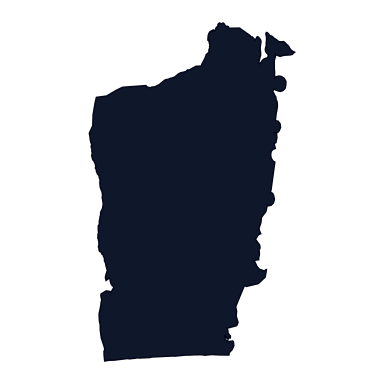 outline of Ada West, Greater Accra, Ghana
{"feature_id": "2480657B39710750100206", "entity_name": "Ada West", "entity_type": "district", "adm_level": 2, "iso_a3": "GHA", "parent_name": "Ghana", "parent_adm1": "Greater Accra", "projection": "equal_earth", "projection_center": [0.418, 5.893], "detail": "fine", "context": "isolated", "style": "filled", "palette": "ink", "viewbox_px": 384, "rotation_deg": 0, "n_neighbors": 0, "source": "geoboundaries", "source_scale": "gbopen_adm2", "svg_char_len": 5786}
<svg xmlns="http://www.w3.org/2000/svg" viewBox="0 0 384 384"><path d="M294.6,52.2L292.3,51.1L291.7,50.5L291.1,50.2L289.7,48.4L289.1,47.1L288.0,45.5L286.6,44.5L286.2,44.0L284.4,42.1L283.6,41.6L280.5,41.9L279.7,41.6L278.7,41.8L277.7,40.7L276.1,39.5L275.6,39.4L275.3,39.0L274.8,38.6L273.6,38.0L273.2,37.3L272.7,36.9L271.8,36.2L270.9,35.9L270.2,36.0L269.4,35.2L268.5,33.8L267.7,33.0L267.0,32.5L266.6,32.5L266.2,32.8L265.9,33.6L266.0,34.6L266.4,36.1L266.6,38.7L266.5,40.8L266.2,43.1L266.3,45.3L265.4,48.8L265.4,50.2L265.6,51.1L266.2,52.5L267.0,53.4L267.8,54.1L268.3,54.9L267.9,57.2L267.4,57.8L265.4,58.5L264.7,58.6L263.4,59.4L262.1,60.7L260.9,62.6L259.6,63.7L258.8,62.2L260.1,56.8L260.5,55.8L260.6,54.6L260.6,52.8L260.1,48.0L261.0,41.4L260.7,40.3L260.2,39.3L258.4,37.2L257.7,36.7L257.1,36.9L256.7,37.6L256.0,38.9L255.2,40.0L254.9,40.1L254.6,39.8L254.1,38.9L252.2,36.9L250.9,36.8L250.5,36.4L250.2,35.7L239.5,28.1L229.2,28.3L228.8,28.1L228.7,27.8L228.6,27.0L228.4,26.8L227.8,26.3L227.4,26.2L226.1,26.4L225.5,26.2L224.7,24.7L223.8,23.4L223.4,23.1L222.8,23.1L222.5,23.3L221.6,23.7L221.2,23.7L219.4,23.0L218.2,24.1L217.9,24.9L218.0,25.6L217.8,26.1L216.2,27.7L214.8,31.0L214.5,31.2L214.2,31.2L213.6,30.2L213.1,29.9L211.9,31.3L211.7,31.3L211.2,30.9L210.4,31.8L209.7,32.0L209.6,33.0L208.9,33.3L208.3,35.6L208.1,36.0L208.2,37.7L208.0,37.9L207.9,38.8L208.0,39.3L207.9,40.1L208.1,40.3L208.4,39.9L208.6,39.9L208.9,40.3L209.2,40.5L209.2,40.9L209.0,41.4L209.1,41.7L209.4,42.3L209.3,43.0L210.1,45.4L210.1,45.6L209.7,46.0L209.6,46.4L209.6,46.8L210.0,47.4L209.9,47.9L209.6,48.2L209.1,49.5L208.9,50.0L209.0,51.1L208.9,52.1L209.0,52.5L208.8,52.9L207.6,53.3L207.2,53.8L206.2,54.7L205.9,56.1L204.2,59.9L203.7,60.8L203.5,61.0L203.2,61.8L202.5,63.2L202.2,63.4L201.2,66.1L195.8,66.3L194.7,67.1L193.5,67.6L190.8,69.2L189.8,70.0L187.6,69.9L186.0,71.5L182.8,72.4L181.4,72.6L180.0,73.1L178.1,74.2L176.3,75.8L174.5,77.1L172.1,78.0L170.5,78.3L168.6,79.2L167.5,79.5L166.3,79.5L164.9,80.1L161.3,82.9L159.4,84.6L155.1,86.7L154.6,86.9L151.9,87.1L150.9,87.6L149.6,87.6L147.4,87.2L145.9,85.6L122.5,87.3L116.2,90.4L108.5,94.9L106.8,96.0L96.4,97.4L94.9,103.9L94.9,104.3L93.1,115.0L92.8,125.8L89.5,132.8L89.4,133.7L89.5,134.4L89.9,135.9L90.1,137.9L90.4,140.3L91.0,142.9L91.5,143.5L91.7,144.0L91.6,144.7L91.3,145.8L91.2,146.6L91.4,147.7L91.9,149.0L92.0,149.9L91.8,150.6L92.0,151.0L91.9,151.7L92.3,152.7L92.4,153.0L91.7,155.5L92.5,158.7L93.0,160.0L94.0,161.0L94.4,162.1L95.4,163.9L95.4,164.9L95.8,166.0L95.4,168.0L95.6,168.5L95.9,168.7L96.2,169.4L96.6,171.8L96.9,172.3L97.2,172.7L97.3,173.7L98.3,174.9L98.9,175.4L99.2,176.5L99.2,177.4L100.1,179.8L99.9,183.2L100.3,187.3L101.7,191.1L102.1,191.7L102.3,192.4L102.2,193.1L102.4,193.7L102.5,194.5L102.6,195.4L102.4,196.4L102.2,197.1L103.3,204.0L102.5,208.6L100.9,211.8L100.7,212.6L100.5,216.0L100.0,216.8L100.1,217.7L99.7,219.1L99.7,219.9L99.6,220.2L99.4,220.5L99.3,225.0L98.5,225.3L98.3,225.9L98.3,229.8L98.6,233.2L98.5,233.5L98.1,233.9L97.9,237.1L98.0,237.6L97.9,238.3L98.1,238.8L98.8,239.7L98.8,239.9L98.5,240.2L98.7,240.6L98.9,240.8L99.0,241.2L98.8,241.7L98.8,242.4L99.1,244.2L98.5,246.4L98.5,246.9L98.7,247.8L99.0,248.2L99.0,249.2L99.3,250.9L99.7,251.4L100.9,251.9L101.4,252.8L101.7,253.0L101.9,253.9L102.2,254.3L102.7,254.7L103.0,254.8L103.4,255.2L103.5,255.5L103.5,256.8L104.3,257.3L104.5,259.3L104.5,260.9L104.8,261.6L105.3,262.3L106.1,265.9L106.2,266.8L106.8,267.8L106.6,268.3L106.8,268.6L106.8,269.1L107.3,269.8L107.4,270.2L106.0,274.7L105.5,277.0L105.5,278.1L106.1,280.4L108.7,278.5L108.7,278.3L109.0,278.0L110.0,279.2L110.4,281.6L110.7,282.9L110.9,283.0L111.4,284.4L111.8,284.5L112.3,285.9L112.6,286.0L113.3,286.1L113.6,286.3L113.6,287.9L113.3,288.5L112.7,289.2L111.5,291.7L110.9,292.6L110.0,291.5L106.2,290.9L101.1,294.0L100.9,295.4L100.9,295.9L101.1,296.8L101.8,300.1L101.1,302.6L100.9,305.0L100.4,307.8L99.2,313.6L99.1,315.0L99.3,318.7L99.5,321.5L100.2,324.5L100.3,330.1L101.3,337.9L104.4,347.3L104.7,349.0L104.7,349.5L104.5,350.5L104.0,351.1L104.1,355.2L104.7,361.0L108.8,360.3L114.4,360.1L127.4,358.5L129.5,358.8L135.3,358.2L137.3,357.8L139.7,358.0L149.9,357.5L151.9,357.0L172.1,356.0L174.9,356.1L185.2,355.1L190.9,355.0L193.7,354.8L201.5,354.7L204.9,355.2L211.4,354.5L219.5,354.9L228.9,355.0L229.2,352.7L232.2,349.5L233.8,345.7L233.4,341.8L232.7,341.0L229.6,341.5L229.1,342.1L227.7,340.9L226.2,340.1L225.5,339.9L224.5,337.2L224.8,335.7L225.3,335.3L225.9,336.2L225.9,337.4L228.1,339.1L228.2,338.1L230.3,337.9L230.4,336.0L228.9,334.4L228.0,333.0L227.9,330.7L227.1,328.2L236.1,325.8L236.8,325.4L238.0,322.4L236.1,316.0L236.6,311.3L235.7,307.1L236.0,305.8L244.3,285.6L246.4,286.4L258.2,283.6L265.2,277.1L266.4,269.6L265.9,269.7L265.5,270.4L265.1,270.4L264.4,270.9L263.8,270.9L261.5,269.9L259.6,269.4L258.2,268.0L256.6,265.9L255.6,263.5L254.5,261.2L253.6,260.4L258.7,259.7L258.6,258.0L259.3,255.0L259.4,253.3L259.0,250.2L260.0,248.0L259.7,245.2L256.5,240.7L255.4,239.4L257.9,235.4L258.8,234.5L260.7,233.7L259.3,230.4L259.0,228.2L260.8,222.9L261.5,217.3L265.9,211.5L267.3,205.1L268.2,205.8L271.1,205.2L273.2,203.2L274.4,199.6L273.7,195.8L272.6,193.3L270.4,192.5L271.0,189.9L274.8,162.1L272.8,160.9L271.1,157.9L270.6,154.7L271.2,151.3L273.1,149.2L275.3,148.5L274.1,143.7L275.9,142.5L276.9,137.8L276.6,134.1L274.6,132.8L277.6,132.5L279.2,130.7L280.5,127.4L280.1,123.9L278.1,121.2L275.3,120.7L276.2,113.0L276.7,111.0L277.4,106.1L277.2,102.7L276.9,101.2L276.2,100.1L275.9,98.6L275.8,97.0L275.3,96.4L272.6,91.1L274.3,88.7L275.0,89.6L276.6,90.4L280.3,91.4L282.9,90.6L285.1,88.3L285.8,84.7L285.9,81.5L284.1,78.2L281.1,76.4L278.7,76.1L276.7,76.6L275.1,78.1L274.5,77.4L274.9,76.5L274.5,75.3L274.6,72.3L274.3,68.6L274.2,60.8L275.4,56.5L275.5,54.6L280.2,56.4L281.7,55.8L284.6,55.2L290.1,54.9L292.4,54.3L293.3,53.2L294.6,52.2Z" fill="#0f172a" stroke="#020617" stroke-width="1.5"/></svg>